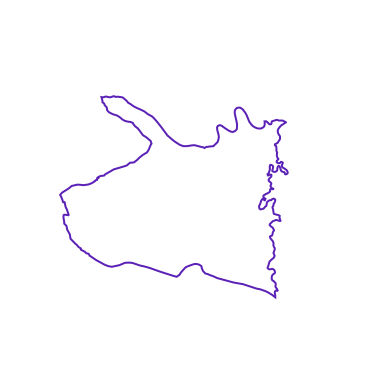 Kenethao, Xaignabouri, Laos (orthographic projection), rotated 305°
{"feature_id": "54806243B29120113935386", "entity_name": "Kenethao", "entity_type": "district", "adm_level": 2, "iso_a3": "LAO", "parent_name": "Laos", "parent_adm1": "Xaignabouri", "projection": "orthographic", "projection_center": [101.393, 17.858], "detail": "fine", "context": "isolated", "style": "outline", "palette": "violet", "viewbox_px": 384, "rotation_deg": 305, "n_neighbors": 0, "source": "geoboundaries", "source_scale": "gbopen_adm2", "svg_char_len": 6072}
<svg xmlns="http://www.w3.org/2000/svg" viewBox="0 0 384 384"><g transform="rotate(305 192 192)"><path d="M153.5,320.6L155.3,319.3L157.1,317.4L158.1,317.1L159.1,317.1L159.4,317.3L159.9,318.5L160.1,318.7L160.4,318.7L161.3,317.3L162.2,314.8L162.5,314.5L164.2,313.7L165.3,312.7L165.9,309.7L165.7,308.7L165.8,308.4L166.3,307.4L167.5,306.4L168.7,305.8L169.8,305.5L171.3,305.7L172.7,306.3L173.2,306.3L173.6,306.2L174.8,305.0L175.3,304.1L175.3,302.4L175.0,301.7L173.4,300.3L173.0,299.7L172.9,298.2L173.2,297.4L173.5,297.3L175.2,296.9L179.5,295.4L182.2,295.9L185.0,296.7L187.1,296.3L188.8,293.7L192.5,292.7L193.5,291.9L193.7,291.5L193.8,290.9L195.0,289.3L197.0,288.0L198.1,286.3L198.9,283.2L199.7,281.7L200.3,281.5L200.8,281.5L202.0,282.4L202.5,282.5L203.3,282.3L205.4,281.3L207.5,281.2L207.9,281.0L209.1,278.3L209.1,276.2L209.4,274.6L210.6,274.2L214.5,275.0L216.5,276.4L217.2,276.8L217.6,277.3L218.3,279.7L218.7,280.7L219.1,281.0L219.4,280.8L221.1,278.4L222.8,277.5L222.8,277.0L222.5,275.6L221.1,272.0L221.2,271.5L221.4,271.1L224.3,268.4L225.2,267.1L225.5,266.8L226.2,266.5L227.2,266.6L227.7,266.4L229.3,265.6L230.6,265.7L233.0,265.0L233.4,264.6L233.6,264.1L233.6,263.3L233.4,262.7L232.7,262.1L232.0,261.7L230.8,261.6L229.8,260.4L228.6,259.7L226.9,259.4L226.1,259.5L223.7,260.7L223.0,260.8L221.8,260.3L220.4,260.3L219.2,260.0L217.3,258.4L217.0,257.9L217.0,257.4L217.2,256.7L217.7,256.0L219.2,254.9L221.1,254.8L224.4,253.7L226.7,253.7L227.1,253.9L227.3,254.3L226.7,256.1L227.0,256.5L227.7,256.4L228.6,256.0L228.5,254.3L229.0,253.3L229.5,252.8L230.4,252.7L232.5,253.6L234.4,254.7L236.3,255.5L237.3,255.5L239.1,254.5L239.5,254.6L240.0,255.2L240.3,256.1L240.7,256.7L241.2,256.8L241.3,256.6L241.0,255.5L241.1,254.8L241.6,253.3L242.0,252.8L244.1,252.3L244.7,251.8L244.9,251.0L245.0,249.3L245.2,248.5L245.5,248.1L245.9,247.8L246.3,247.7L247.4,247.6L250.1,248.1L251.4,247.4L251.6,247.1L251.4,246.5L250.7,245.8L249.1,244.8L249.2,244.5L249.7,243.9L250.1,243.6L250.8,243.9L251.6,244.0L254.8,243.0L255.9,242.3L257.7,240.9L258.8,240.6L259.3,240.7L259.6,241.2L259.8,242.5L259.6,243.5L259.1,244.0L258.3,244.5L255.7,245.4L255.3,245.8L255.2,246.4L255.5,247.5L256.2,248.6L256.9,249.0L258.1,249.4L259.2,249.1L260.6,248.2L261.9,247.8L262.5,247.8L262.9,247.9L263.1,248.2L263.2,248.7L263.1,249.2L262.0,250.9L260.6,252.6L260.4,253.4L260.3,253.9L261.1,256.0L261.1,256.3L260.8,257.1L260.1,257.7L260.0,258.3L260.7,259.1L262.1,259.6L263.2,258.9L264.1,257.4L264.3,255.1L264.1,252.4L264.2,251.6L264.4,251.3L265.0,250.6L265.5,250.2L267.5,249.9L268.0,249.6L268.2,249.2L268.1,248.4L267.7,247.6L266.0,247.3L265.4,246.7L265.1,246.1L264.9,245.2L265.1,244.2L265.9,243.7L266.4,243.6L267.9,243.9L268.4,243.9L268.7,243.7L269.0,242.4L270.1,241.0L271.3,240.0L273.3,239.0L273.8,238.0L274.8,237.0L275.9,236.4L277.7,234.8L277.9,234.4L277.8,233.3L278.0,232.9L278.7,232.6L281.0,233.8L281.6,234.0L283.0,233.8L285.3,233.8L285.7,233.7L286.7,233.2L288.0,232.2L288.5,231.3L288.8,230.0L290.5,227.7L291.5,227.0L293.0,226.6L294.6,226.5L297.4,226.8L298.5,227.1L299.7,227.8L301.3,228.2L302.7,229.0L302.9,229.0L303.0,228.8L302.6,225.6L302.1,224.6L300.4,222.2L299.9,220.5L299.6,219.9L295.8,217.0L295.0,217.1L293.4,217.9L292.8,217.8L292.2,217.2L291.9,216.4L292.4,213.6L292.5,212.3L291.5,210.9L289.3,212.7L287.6,213.4L286.2,213.4L284.8,212.8L283.5,212.0L282.4,210.5L281.5,208.7L281.0,206.1L280.9,204.5L281.0,203.2L281.3,201.9L282.5,198.5L286.0,193.1L287.4,190.4L288.8,186.1L288.7,183.1L288.4,182.5L287.5,181.4L286.9,180.9L286.1,180.4L284.7,180.3L283.7,180.3L282.9,180.6L281.8,181.3L281.2,181.7L279.3,183.6L275.0,188.4L273.6,189.8L272.0,191.0L269.3,192.6L268.9,192.6L268.3,192.6L266.3,192.2L264.5,190.9L263.6,188.7L263.3,186.2L263.2,182.8L263.3,178.2L262.7,176.4L261.0,175.3L259.4,175.4L258.0,176.5L256.7,177.8L254.7,180.3L252.7,182.3L250.1,183.6L247.3,184.3L242.9,183.4L241.9,183.3L239.4,180.4L237.0,177.8L235.3,177.1L235.0,175.5L233.8,172.6L231.9,167.4L230.7,165.8L226.6,161.5L224.5,158.5L223.6,154.6L223.4,149.0L223.6,145.7L224.2,139.6L227.5,129.7L229.4,123.4L230.7,118.2L230.8,116.9L231.0,116.1L230.5,111.5L230.5,109.4L230.7,107.1L230.2,103.6L229.3,99.1L228.8,96.1L228.7,92.7L228.8,91.5L228.5,88.6L229.3,85.6L229.7,81.4L229.6,80.8L228.5,78.4L227.1,76.0L226.4,75.3L225.9,74.3L225.8,73.3L225.1,72.5L223.2,71.2L222.2,70.0L221.0,67.1L220.5,66.3L219.2,65.5L218.2,64.3L217.8,63.4L215.2,66.5L214.1,67.3L214.1,69.3L213.0,70.8L212.5,73.4L210.2,75.8L209.7,78.4L210.3,82.5L211.7,86.9L211.8,90.4L211.5,93.1L211.7,95.9L212.7,98.8L214.2,101.7L214.6,104.1L213.9,105.2L213.2,107.6L213.1,110.6L212.6,112.6L210.4,119.2L210.6,123.3L210.1,128.8L208.4,131.1L207.1,131.1L201.6,132.3L198.5,132.4L194.1,130.4L190.0,129.2L186.9,128.7L183.0,127.5L180.3,124.4L176.4,123.4L172.8,120.7L165.9,115.1L156.6,110.7L155.3,110.7L153.7,109.2L153.2,108.3L151.9,107.5L151.6,107.2L150.8,106.9L150.3,107.3L149.7,107.3L149.4,106.9L149.6,106.4L149.2,106.3L148.3,106.7L147.8,107.2L147.5,107.3L146.3,106.3L145.1,106.0L144.9,106.2L141.5,104.7L138.6,102.7L135.2,99.0L133.8,96.3L132.3,93.9L128.0,90.0L124.3,89.0L117.3,86.1L115.4,85.7L114.0,85.7L113.1,87.5L111.9,89.3L111.0,90.7L109.9,91.9L109.8,92.2L109.8,92.5L110.1,93.0L110.5,93.2L110.5,93.7L109.4,94.7L107.4,96.9L105.8,99.7L102.5,104.1L102.1,104.1L100.5,100.9L100.0,100.3L99.6,100.2L99.2,100.2L98.3,100.7L97.1,101.6L94.2,104.5L92.8,105.5L92.7,105.9L92.4,108.0L92.3,108.4L91.3,109.7L90.1,110.8L89.4,111.7L87.2,116.3L84.1,119.2L83.8,120.6L82.8,125.7L82.5,128.6L82.0,129.8L81.9,130.6L82.0,133.4L81.7,133.6L81.1,133.9L81.0,134.2L81.6,138.4L81.2,140.5L82.0,142.5L82.0,143.0L81.5,144.0L81.1,144.5L81.2,145.0L81.2,149.1L81.3,152.9L82.3,161.9L83.2,165.8L84.8,169.3L90.3,174.4L95.2,177.5L96.5,178.8L98.8,182.1L99.9,184.4L101.8,191.1L104.1,196.8L105.5,200.8L108.2,210.7L112.2,223.6L113.7,228.0L117.1,229.3L119.5,229.1L125.9,229.8L127.7,230.5L131.1,232.8L134.1,235.0L135.6,236.9L136.6,239.5L136.7,242.1L134.8,244.3L133.5,246.6L132.9,249.7L133.8,252.0L134.3,254.7L135.2,257.8L135.9,261.9L141.8,278.2L145.7,286.5L149.9,300.3L151.4,303.6L152.7,308.3L153.3,310.9L153.7,316.5L153.5,320.6Z" fill="none" stroke="#5b21b6" stroke-width="2"/></g></svg>